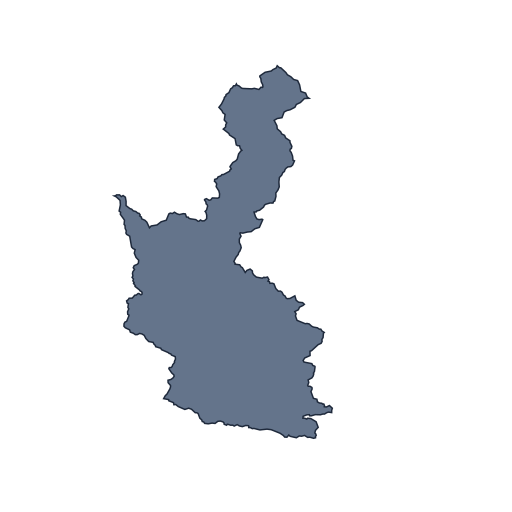 Bolognesi, Áncash, Peru (Albers equal-area conic projection), rotated 124°
{"feature_id": "86281439B24717538266370", "entity_name": "Bolognesi", "entity_type": "district", "adm_level": 2, "iso_a3": "PER", "parent_name": "Peru", "parent_adm1": "Áncash", "projection": "albers", "projection_center": [-77.196, -10.093], "detail": "fine", "context": "isolated", "style": "filled", "palette": "slate", "viewbox_px": 512, "rotation_deg": 124, "n_neighbors": 0, "source": "geoboundaries", "source_scale": "gbopen_adm2", "svg_char_len": 6153}
<svg xmlns="http://www.w3.org/2000/svg" viewBox="0 0 512 512"><g transform="rotate(124 256 256)"><path d="M124.3,368.5L126.3,368.3L127.5,369.8L129.7,369.7L131.6,370.5L135.7,369.8L138.9,371.1L140.2,370.5L142.2,370.9L143.7,370.3L149.3,369.6L153.5,369.9L154.6,365.5L155.8,363.5L155.9,360.8L161.0,358.4L162.0,354.7L164.2,354.5L166.0,353.3L169.1,354.1L169.6,347.0L170.5,345.6L170.4,339.0L174.9,334.5L174.8,332.8L173.8,331.3L175.6,329.2L176.3,326.8L177.4,327.3L181.1,327.5L186.3,325.7L188.4,326.0L191.5,327.5L195.9,327.6L196.6,327.5L197.6,325.2L199.2,325.7L200.5,325.3L206.6,328.5L207.6,329.8L209.3,330.0L211.6,331.7L213.6,331.5L215.6,333.1L217.4,332.1L217.3,331.1L218.2,328.9L220.8,327.8L222.8,323.2L224.9,320.9L227.9,319.2L229.4,320.0L232.3,324.7L234.7,324.9L236.0,326.0L236.2,329.2L237.8,330.2L238.3,330.1L239.2,327.8L240.7,326.5L240.7,325.3L241.7,324.0L245.6,322.7L247.5,323.1L247.9,321.8L249.7,319.7L252.6,317.8L253.9,318.0L255.7,318.5L257.0,320.2L257.2,322.2L258.8,322.6L259.6,323.4L259.5,326.3L261.9,331.3L262.2,332.8L261.7,333.9L262.6,335.4L260.6,338.1L261.5,339.9L264.5,342.7L265.2,345.2L265.3,348.1L267.5,349.0L268.4,351.1L269.8,351.8L276.5,350.4L280.7,353.8L285.6,355.4L289.7,359.7L292.2,360.1L289.0,365.4L288.5,368.1L289.1,371.5L287.8,372.8L287.8,374.8L286.7,375.0L286.0,376.8L286.6,378.1L286.3,380.5L287.2,383.0L286.7,385.3L287.2,386.9L286.9,391.9L283.3,394.3L280.3,397.2L280.2,400.0L282.1,400.9L281.6,403.3L283.3,405.8L284.6,406.1L285.4,407.0L285.1,404.9L285.9,399.8L289.5,397.0L295.3,394.6L295.4,392.7L297.3,391.8L299.8,385.1L303.6,383.0L303.9,381.7L306.3,379.9L307.7,377.6L309.7,376.7L310.4,375.4L310.2,371.8L318.1,364.2L318.6,362.2L318.3,359.8L321.7,358.5L324.3,354.6L325.1,350.9L327.8,349.5L329.3,349.8L332.1,351.6L334.4,351.2L335.1,349.2L337.8,349.3L339.5,348.7L341.4,346.9L343.0,346.8L343.6,344.7L345.4,344.2L346.3,342.1L347.2,342.2L348.2,339.3L348.9,339.2L349.3,333.6L349.8,332.5L349.5,331.0L350.3,329.7L351.5,329.2L352.5,329.7L352.6,332.2L353.1,332.8L355.3,333.4L356.3,334.6L360.1,335.0L362.0,337.6L363.5,337.5L365.6,338.2L367.1,336.4L366.8,335.1L370.2,333.5L371.0,331.9L374.1,331.3L376.1,329.7L376.0,328.3L376.8,327.9L382.5,326.7L384.1,327.7L386.0,327.5L388.1,326.2L388.6,324.2L387.9,319.5L389.4,317.6L388.6,314.4L388.7,312.1L387.6,310.5L385.3,309.2L384.4,307.0L384.3,304.3L386.0,301.2L386.9,297.1L385.1,292.9L386.0,291.7L386.5,289.3L387.3,288.5L385.7,283.3L386.5,282.0L385.1,274.4L385.4,273.6L384.8,271.9L385.4,270.7L384.6,266.7L386.5,265.1L389.0,264.7L389.8,264.0L392.8,264.2L394.5,263.7L395.9,264.0L397.0,265.5L398.2,265.2L400.1,260.4L400.5,257.6L401.5,256.6L403.3,256.6L405.8,257.4L408.2,259.5L410.2,258.0L411.1,254.5L412.2,253.7L414.2,253.1L420.2,252.6L422.5,253.1L425.9,252.8L423.9,248.1L424.8,247.3L423.7,242.4L425.2,240.9L424.0,239.5L424.3,236.3L423.0,229.2L419.8,226.7L419.1,223.7L419.9,218.7L419.1,217.5L418.9,216.0L421.9,211.8L422.2,209.4L423.3,208.0L422.8,206.6L423.5,205.0L421.8,201.7L419.1,199.0L417.7,196.3L414.4,195.2L412.8,193.3L412.0,190.7L412.2,189.3L413.3,188.3L412.7,185.7L411.7,185.8L411.3,185.4L410.5,182.5L409.2,180.6L409.2,179.0L406.3,177.3L406.2,174.8L405.1,171.9L402.3,169.8L400.9,167.4L401.1,166.8L402.3,166.1L401.4,164.6L401.2,162.5L400.1,161.3L398.0,155.5L393.4,150.1L391.5,146.3L389.5,137.0L389.5,132.9L390.1,131.0L388.9,129.0L386.1,128.7L386.4,126.9L384.1,120.9L381.0,119.5L379.9,117.4L377.6,115.4L377.5,111.8L376.1,110.0L374.9,106.3L373.4,105.0L372.5,105.7L371.0,105.8L370.0,107.1L369.8,108.3L367.2,109.2L363.3,108.6L359.8,113.5L360.1,119.6L361.6,122.5L362.8,122.7L363.3,125.0L364.2,126.4L362.5,127.3L359.2,125.0L357.7,123.0L358.5,122.2L357.6,120.8L354.4,118.2L351.6,113.8L349.6,112.2L348.7,110.8L346.2,109.7L344.8,108.5L343.5,105.7L341.7,106.9L339.5,107.6L338.9,111.5L341.8,113.2L342.8,115.1L341.6,115.7L340.8,117.1L341.5,117.9L341.3,119.1L342.4,121.2L342.5,122.8L342.6,123.5L340.7,125.4L341.9,128.8L337.7,134.6L334.9,135.1L333.7,136.1L333.8,138.4L334.8,139.9L334.3,140.8L331.4,141.5L329.6,143.5L325.8,141.5L323.5,141.5L321.4,142.2L321.0,142.9L319.0,143.0L314.8,145.1L314.5,145.7L315.0,147.7L314.0,149.5L317.1,156.9L316.3,158.5L313.3,158.6L308.3,155.5L304.8,158.0L303.5,157.0L294.7,154.9L292.0,153.2L289.9,153.4L288.4,154.7L286.1,154.8L282.3,156.9L281.2,156.7L281.3,159.3L280.4,161.4L281.2,162.5L281.2,165.0L282.8,168.6L283.1,170.6L282.6,173.9L283.4,176.0L284.6,177.3L286.4,186.0L283.6,189.8L281.5,190.4L280.4,192.8L276.9,190.8L274.1,191.3L270.8,189.4L269.0,188.9L268.6,191.3L270.5,194.9L270.2,198.0L267.3,201.5L272.2,204.1L273.9,206.2L274.1,207.3L272.9,209.6L273.0,211.4L271.5,214.2L271.4,216.1L272.7,217.8L271.9,221.4L269.0,225.6L269.5,227.4L270.9,229.2L269.8,230.4L270.1,232.0L268.4,232.0L267.0,234.7L269.1,236.7L269.1,237.5L270.9,238.4L273.3,243.9L272.9,247.4L272.0,249.4L270.4,250.7L270.1,253.6L273.0,255.5L275.7,255.7L273.3,260.8L273.4,262.3L272.4,264.6L274.5,268.8L273.7,269.3L272.9,271.3L268.2,271.9L264.7,271.6L262.8,272.3L261.1,272.1L257.4,272.9L255.6,274.8L254.3,277.2L251.3,279.3L247.9,279.5L246.5,281.9L245.6,282.1L244.4,279.7L240.9,276.5L238.5,273.6L234.1,272.2L230.4,269.2L222.1,270.7L222.1,271.6L224.1,273.8L224.8,275.9L223.6,278.5L220.7,282.2L219.2,280.4L218.1,280.5L216.1,278.6L211.2,277.1L209.1,277.4L207.7,276.9L204.2,274.0L202.6,271.5L201.0,271.9L199.9,271.2L195.4,272.8L192.7,274.8L189.0,274.7L185.7,275.4L181.7,278.5L177.8,280.5L174.7,279.9L171.8,280.4L170.1,279.7L168.0,280.3L166.3,280.1L164.3,279.4L162.4,277.1L160.1,276.5L155.6,277.3L155.9,278.9L152.7,281.6L150.4,284.8L149.8,286.7L148.4,287.4L147.1,286.8L145.0,287.6L142.8,291.4L141.5,292.3L141.5,297.5L140.0,299.8L140.4,303.0L139.2,305.1L138.7,309.5L136.3,311.5L133.4,316.8L130.2,315.3L126.8,311.8L120.9,313.2L118.1,311.7L115.7,309.5L110.9,306.9L107.8,307.3L103.9,305.0L98.4,303.9L95.6,300.2L95.5,302.5L93.2,306.0L94.5,310.8L89.7,315.6L87.3,319.6L88.6,323.5L87.9,327.3L88.2,331.3L87.2,333.8L86.1,340.7L86.8,341.8L86.4,344.8L88.9,344.4L92.0,346.2L94.1,346.8L98.6,351.2L104.5,353.5L105.3,353.1L106.1,351.3L108.7,349.0L110.2,346.3L112.0,344.8L112.8,345.0L113.2,346.2L116.3,346.7L117.9,351.1L119.8,353.0L124.5,360.7L124.9,361.9L124.5,365.1L125.0,367.3L124.3,368.5Z" fill="#64748b" stroke="#1e293b" stroke-width="1.5"/></g></svg>